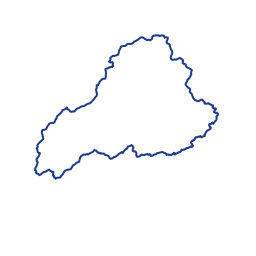 El Carmen, Chocó, Colombia, rotated 221°
{"feature_id": "7082276B50429445082332", "entity_name": "El Carmen", "entity_type": "district", "adm_level": 2, "iso_a3": "COL", "parent_name": "Colombia", "parent_adm1": "Chocó", "projection": "equal_earth", "projection_center": [-76.201, 5.838], "detail": "fine", "context": "isolated", "style": "outline", "palette": "blue", "viewbox_px": 256, "rotation_deg": 221, "n_neighbors": 0, "source": "geoboundaries", "source_scale": "gbopen_adm2", "svg_char_len": 5865}
<svg xmlns="http://www.w3.org/2000/svg" viewBox="0 0 256 256"><g transform="rotate(221 128 128)"><path d="M185.9,167.5L185.7,165.6L185.2,165.6L183.8,166.3L183.0,167.5L182.5,167.5L181.6,166.6L181.1,165.7L180.0,165.1L179.7,164.7L179.9,163.7L180.8,163.2L181.3,162.1L181.8,161.7L182.0,160.3L183.3,158.7L183.6,157.6L183.4,157.2L181.6,156.0L180.5,154.8L179.3,153.0L178.4,152.3L177.9,151.3L177.7,150.3L177.9,149.9L178.7,149.1L179.3,148.7L179.6,147.9L179.6,145.5L179.7,143.9L179.3,143.1L179.2,141.9L178.8,141.1L178.9,140.7L179.5,140.0L179.6,139.6L177.9,137.7L177.2,135.8L174.8,134.2L174.3,133.5L173.7,133.3L172.7,131.6L172.9,130.0L172.6,127.8L172.8,122.6L173.1,121.3L173.8,120.6L174.9,118.3L175.3,116.2L177.3,113.7L177.9,111.6L178.9,109.8L179.3,108.5L179.3,105.8L179.5,105.0L180.2,104.7L181.0,103.4L182.3,102.5L184.6,103.0L185.9,102.5L186.5,102.7L187.1,103.3L187.6,103.2L187.9,100.6L188.5,99.4L189.1,98.6L188.6,96.8L188.6,94.5L189.2,90.2L189.0,89.5L188.4,88.7L188.1,86.2L187.4,84.8L187.4,83.7L187.6,82.8L188.5,82.3L189.5,81.2L190.1,80.1L190.2,79.5L190.0,78.8L189.9,76.6L189.3,74.2L189.3,73.1L189.7,72.1L191.1,70.5L191.2,70.0L190.3,68.3L189.3,67.3L188.0,66.8L186.7,65.5L186.0,65.3L185.0,64.5L184.8,63.8L184.9,61.9L185.2,60.0L185.3,56.5L185.2,55.9L184.7,55.2L183.7,54.5L183.6,52.8L183.1,52.4L182.6,52.4L180.3,50.6L179.1,50.6L178.2,51.2L177.9,51.1L177.7,50.1L177.1,49.3L177.0,48.1L176.7,47.0L176.6,44.5L176.0,44.1L175.3,43.3L173.8,43.0L173.5,42.7L172.2,39.6L171.5,36.7L170.6,35.2L169.8,35.4L169.0,35.3L168.5,34.8L168.4,34.2L167.3,33.7L165.3,34.5L164.0,34.3L163.4,35.3L163.1,38.4L162.8,39.2L161.4,41.0L161.2,42.5L160.3,44.7L158.6,44.6L157.5,45.0L156.8,44.9L156.0,45.8L155.5,45.8L153.6,43.1L153.1,42.9L152.2,43.1L151.6,42.5L151.1,42.2L150.3,42.8L149.8,42.8L149.4,42.5L149.1,43.4L148.8,44.0L148.2,44.6L147.7,44.9L146.9,46.1L146.9,50.3L147.6,54.0L146.7,56.2L146.2,57.0L145.8,57.2L144.2,59.4L144.1,59.9L144.5,60.6L144.6,62.0L144.9,62.8L144.9,63.9L144.3,65.4L143.9,68.4L143.6,68.6L142.7,70.5L143.1,71.0L144.7,74.3L144.9,75.6L144.6,77.6L144.0,79.0L142.7,79.8L141.8,81.6L141.0,81.7L140.7,82.1L140.4,83.3L139.9,84.2L139.6,85.5L138.9,86.8L138.9,89.3L137.2,89.9L133.9,89.9L133.7,90.2L133.0,90.3L132.6,90.9L131.7,90.9L131.1,91.6L130.5,91.8L129.7,92.7L129.1,92.9L127.4,92.7L124.8,94.0L124.1,94.0L121.9,93.2L121.0,93.3L120.1,94.4L119.7,95.7L119.6,96.7L119.0,97.4L118.5,98.3L118.0,101.1L117.9,102.6L117.6,103.2L117.0,105.5L116.7,105.8L115.6,105.7L115.5,105.9L115.7,106.3L115.9,107.8L115.9,110.2L115.3,111.6L115.4,112.6L115.7,113.4L115.8,114.1L114.5,116.1L114.1,117.4L112.6,117.4L111.1,116.8L110.2,114.8L109.4,113.8L108.9,113.8L108.3,114.2L107.9,114.3L107.2,115.1L106.5,115.1L104.8,114.3L104.2,113.2L102.8,112.2L102.1,112.3L100.8,114.0L100.5,115.1L100.4,116.4L100.1,116.9L99.6,117.3L98.7,117.5L98.0,118.1L97.6,119.3L96.7,120.3L96.6,120.8L96.3,121.1L95.2,121.1L94.6,122.4L93.9,122.5L93.2,122.0L92.6,121.9L92.3,122.1L92.0,122.8L91.3,123.3L90.7,125.4L89.9,126.2L89.4,128.1L87.5,130.9L86.9,131.5L86.6,132.3L85.6,132.8L84.1,132.9L83.5,133.4L82.7,133.6L82.2,133.6L81.6,133.1L81.2,133.1L81.1,133.6L80.8,134.0L80.1,134.5L79.4,134.4L78.8,135.4L78.1,135.7L77.6,136.2L77.3,137.0L77.4,137.6L77.0,138.3L77.2,139.2L76.4,139.6L75.6,138.8L75.1,139.0L74.8,140.5L74.0,141.7L74.1,142.8L73.2,143.5L72.9,144.1L72.8,145.3L73.3,146.3L73.3,146.8L72.2,147.5L71.7,148.5L71.1,148.9L71.0,149.6L70.7,150.1L70.8,150.7L70.7,151.3L69.3,152.6L69.1,153.1L69.1,153.9L68.7,154.4L68.5,155.1L68.0,155.3L67.8,155.6L67.5,155.7L67.4,156.0L67.5,156.5L67.3,156.9L67.7,157.4L68.6,157.5L69.2,157.9L70.2,158.0L70.7,158.2L71.1,158.9L71.2,159.6L70.7,160.5L71.0,161.2L70.4,161.9L70.3,163.7L70.7,164.0L70.8,165.3L70.5,165.9L70.0,166.0L69.5,166.6L69.5,167.1L68.9,168.0L68.4,168.1L68.1,169.3L67.6,169.4L66.7,169.1L66.4,169.2L66.0,170.6L65.3,171.8L64.8,172.2L65.0,172.6L65.5,172.6L65.7,172.8L65.7,173.8L66.3,175.4L66.5,177.7L66.3,177.7L66.5,177.8L65.6,180.2L65.3,181.8L65.6,182.5L66.0,182.7L67.1,182.5L68.5,183.3L69.0,183.8L69.1,184.2L69.1,184.4L68.4,184.8L68.1,185.4L67.9,187.1L67.5,186.9L66.6,187.1L66.6,191.5L66.7,192.1L67.4,193.4L68.8,194.7L68.9,197.1L69.4,197.7L71.0,197.8L71.9,196.9L73.5,196.5L73.8,196.9L74.0,197.5L74.1,199.9L74.4,200.3L74.7,200.3L75.5,199.3L77.2,198.9L77.6,199.1L78.5,200.6L78.8,200.8L79.8,200.0L81.0,200.0L81.9,199.4L83.2,199.6L83.9,199.0L84.5,197.9L85.4,197.5L85.9,196.8L86.2,196.8L87.4,197.8L88.5,197.6L89.3,198.0L90.8,198.0L91.3,197.4L92.0,195.1L93.1,193.8L94.4,193.6L95.7,193.0L98.1,193.3L99.6,194.2L100.5,194.4L102.3,195.6L104.9,195.6L105.5,196.3L106.1,197.7L106.5,198.1L107.6,198.3L108.9,197.9L109.8,198.1L110.7,198.0L112.9,198.5L113.6,199.4L114.0,201.8L114.5,203.3L114.8,203.5L114.9,203.9L114.4,205.0L114.4,205.7L114.6,206.9L115.2,208.8L115.4,209.9L115.5,210.2L116.4,210.7L117.2,212.2L117.7,213.5L118.1,213.7L119.1,213.4L120.5,213.3L122.7,212.6L123.8,212.5L124.4,212.6L126.3,213.7L127.1,213.7L128.2,212.9L129.5,213.0L129.8,213.3L130.4,214.8L130.9,215.2L132.2,215.3L134.5,215.0L135.2,214.4L135.7,213.2L136.1,211.9L136.6,211.1L137.7,210.5L138.1,209.8L139.2,208.6L139.7,208.4L140.9,208.5L141.9,209.0L143.1,211.5L143.6,213.4L145.3,215.1L147.2,215.6L150.0,217.1L151.0,218.2L152.2,218.3L154.0,217.6L154.9,217.8L155.8,219.1L156.3,221.0L157.2,222.3L159.0,221.3L159.7,220.2L160.9,221.0L161.7,221.1L163.5,219.9L164.4,218.1L165.8,218.0L167.0,216.7L167.7,216.4L168.3,215.2L169.0,214.9L169.5,213.5L169.3,212.5L168.4,211.3L168.4,210.5L168.8,208.7L170.0,208.5L170.4,207.8L171.3,206.8L172.2,206.6L173.2,206.6L173.8,206.2L175.1,206.3L176.1,206.1L176.5,206.0L177.5,205.0L178.0,203.5L178.8,200.0L179.4,198.2L180.1,197.0L180.1,194.8L181.2,193.1L182.7,192.0L183.4,191.0L183.6,190.5L183.8,188.3L185.0,187.1L186.6,185.1L186.6,184.4L186.2,183.7L185.3,180.1L184.4,178.7L183.6,177.1L183.9,175.9L184.8,174.8L185.6,173.3L186.6,172.8L187.1,170.9L187.3,169.2L186.3,168.4L185.9,167.5Z" fill="none" stroke="#1e3a8a" stroke-width="2"/></g></svg>